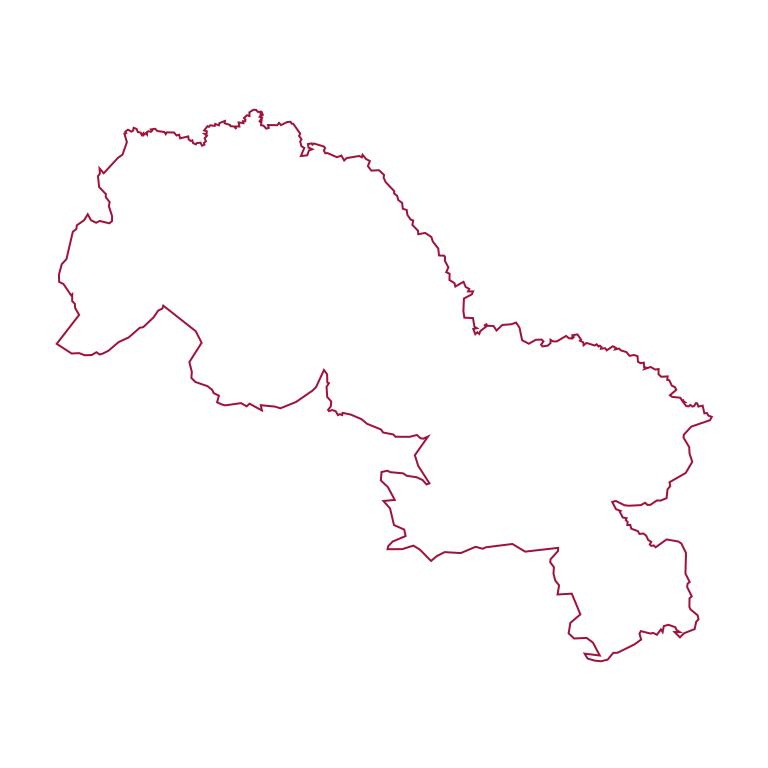 outline of Birim North, Eastern, Ghana, rotated 92°
{"feature_id": "2480657B81401264659986", "entity_name": "Birim North", "entity_type": "district", "adm_level": 2, "iso_a3": "GHA", "parent_name": "Ghana", "parent_adm1": "Eastern", "projection": "robinson", "projection_center": [-0.982, 6.368], "detail": "fine", "context": "isolated", "style": "outline", "palette": "rose", "viewbox_px": 768, "rotation_deg": 92, "n_neighbors": 0, "source": "geoboundaries", "source_scale": "gbopen_adm2", "svg_char_len": 6102}
<svg xmlns="http://www.w3.org/2000/svg" viewBox="0 0 768 768"><g transform="rotate(92 384 384)"><path d="M142.8,652.2L151.2,649.4L163.9,653.3L167.3,657.8L183.2,671.5L178.5,675.8L183.7,675.3L186.2,677.1L197.1,675.6L203.9,668.6L206.9,668.6L211.9,664.5L215.9,665.2L225.8,661.6L230.7,661.5L233.0,664.1L231.0,673.8L232.9,677.3L230.6,682.5L224.7,686.0L230.9,689.5L236.1,696.5L239.9,696.9L242.7,700.3L270.3,705.7L275.4,710.2L286.2,712.7L293.3,712.2L295.3,707.8L306.3,699.8L305.2,698.7L312.1,698.5L314.7,695.7L318.7,695.4L325.6,691.1L355.3,712.5L364.4,697.3L363.8,689.7L365.7,684.2L365.2,677.1L362.3,672.5L364.4,669.3L363.6,666.5L360.5,660.7L351.3,650.6L346.4,640.8L336.3,630.0L335.6,626.6L325.3,616.5L318.6,612.3L316.3,608.1L313.4,607.3L337.8,574.0L349.2,567.7L368.9,579.3L378.5,576.5L384.7,576.7L388.6,572.5L392.3,560.4L395.9,555.4L399.0,554.0L401.4,548.6L408.1,550.2L410.2,545.1L410.9,541.9L408.1,526.2L411.1,520.5L408.4,517.7L414.7,505.1L409.5,506.4L410.4,492.1L411.9,486.7L405.1,471.4L393.1,455.2L389.5,451.8L372.1,444.5L376.3,441.2L384.4,440.7L385.1,439.1L388.8,441.3L398.9,440.3L403.4,436.1L408.2,436.4L411.8,439.0L413.0,438.0L411.9,435.0L412.8,431.4L416.7,428.9L415.7,427.0L416.5,424.7L414.3,424.4L415.7,416.2L419.9,405.3L424.4,399.5L429.5,385.5L432.5,383.2L434.1,372.9L436.3,370.8L435.9,356.5L433.8,349.3L436.9,345.7L437.3,343.0L435.0,338.2L454.1,350.7L464.7,346.9L481.7,335.1L482.9,338.0L478.6,342.1L476.0,348.3L475.0,357.9L472.6,361.8L471.9,374.7L470.5,377.6L472.1,383.4L480.5,383.8L486.9,376.5L499.5,369.2L500.9,380.5L508.2,373.6L524.6,369.1L528.8,358.7L535.2,357.1L541.1,369.8L545.9,374.1L549.0,374.7L548.4,360.0L544.5,349.0L548.2,342.4L559.2,330.8L554.1,325.2L549.9,317.5L550.3,301.4L543.5,286.8L545.2,279.6L543.6,276.3L539.4,250.1L546.6,237.1L541.7,204.3L544.8,204.2L553.3,211.4L556.2,211.7L561.2,207.8L567.5,208.0L574.4,206.0L579.1,202.0L588.3,203.2L587.0,189.0L607.4,179.7L616.2,189.4L626.8,190.8L631.7,185.1L630.7,172.7L635.1,166.2L647.8,158.9L646.5,174.1L651.3,170.9L653.1,163.8L653.5,157.4L651.7,150.9L644.7,145.5L644.5,141.4L635.5,124.6L630.4,118.1L624.5,120.0L622.0,118.6L624.1,109.1L623.4,106.3L625.1,102.5L619.6,98.7L622.2,96.9L616.2,95.9L614.7,91.3L616.9,84.4L619.6,83.0L621.6,79.7L621.8,84.9L626.9,79.4L622.6,75.4L618.1,65.0L610.7,63.7L608.3,61.5L604.2,62.5L598.6,69.8L596.2,71.0L587.5,71.2L585.5,69.0L576.4,73.9L573.1,73.7L571.2,71.6L563.0,76.1L542.3,76.3L533.0,81.3L531.1,84.5L529.5,96.2L537.7,106.8L535.9,108.8L536.5,111.3L535.1,112.8L532.4,111.4L530.7,114.5L526.4,116.7L524.4,119.4L524.9,123.5L522.2,125.1L520.0,131.8L516.2,133.0L516.5,135.9L513.4,135.7L511.6,137.6L509.6,136.9L509.1,140.7L503.4,143.9L502.6,143.1L501.0,147.8L493.9,151.8L492.8,148.2L496.8,139.4L497.1,135.0L496.1,123.1L493.6,118.9L495.6,116.6L495.5,113.6L490.9,107.3L490.8,103.3L488.2,97.6L479.4,97.0L476.1,94.4L472.2,95.2L462.4,79.4L451.0,73.2L442.9,76.2L436.4,76.8L427.3,82.7L424.4,82.7L415.9,75.5L408.8,56.9L405.4,55.3L404.3,58.7L401.8,60.2L402.1,62.8L394.5,64.8L395.6,69.0L392.4,70.3L392.2,71.5L395.3,73.4L395.8,75.0L394.2,77.1L395.7,78.7L395.6,81.1L391.2,84.7L391.3,83.2L390.1,84.9L389.6,83.6L389.9,85.6L387.4,87.4L386.8,95.6L385.3,97.9L379.6,91.7L377.0,93.1L375.6,96.3L370.3,99.0L370.0,101.1L366.5,100.8L367.1,107.2L364.6,110.0L359.5,110.1L360.1,113.4L357.7,118.2L359.9,124.2L358.4,123.2L358.1,124.6L353.6,125.1L354.2,128.5L352.9,131.0L347.3,131.6L346.3,135.2L347.3,139.6L343.6,142.9L342.2,148.4L340.4,150.3L341.4,154.3L339.8,153.5L338.3,156.7L342.6,162.6L340.5,164.2L341.2,168.4L339.4,168.0L338.2,169.6L339.0,170.9L336.9,172.8L338.2,174.7L335.9,183.0L338.3,185.9L335.4,186.3L333.9,189.7L332.8,188.6L327.7,192.4L328.7,197.3L330.5,196.0L331.4,196.9L330.4,197.5L332.0,198.0L331.8,200.9L329.6,203.7L335.4,212.8L335.5,216.6L334.0,219.1L337.3,219.0L339.9,221.6L340.9,227.0L339.2,228.4L335.8,226.1L334.1,228.0L334.5,233.8L338.7,240.7L335.4,247.5L323.1,250.5L318.0,254.1L319.9,259.0L320.8,267.7L326.6,273.4L322.2,276.6L322.2,282.8L320.7,283.8L321.8,285.3L323.1,284.0L327.8,289.6L330.6,290.6L329.0,292.5L331.0,294.5L325.9,296.7L325.0,293.1L323.6,295.6L315.0,297.4L314.9,306.0L308.5,307.2L295.8,307.1L291.3,299.3L288.3,298.2L288.6,303.2L286.0,302.1L284.2,305.7L279.1,308.1L284.1,316.1L280.7,317.1L277.8,322.2L271.5,322.3L270.1,325.7L265.2,323.7L258.9,327.4L254.8,327.5L253.7,328.3L253.6,333.5L246.7,334.5L239.9,340.2L235.4,341.8L231.6,348.1L233.1,355.0L229.7,355.3L224.0,361.2L219.6,360.5L218.8,363.1L214.2,366.5L209.3,367.4L208.2,371.3L202.4,372.2L199.7,376.1L195.4,377.5L193.3,380.5L190.9,380.5L182.3,389.3L177.8,391.6L175.1,391.2L170.5,396.5L171.2,404.1L166.8,407.7L161.7,405.9L159.7,409.9L155.7,413.4L158.2,414.1L157.0,416.7L159.5,429.2L162.0,431.6L157.2,434.6L159.0,438.9L155.2,448.5L155.5,450.7L152.8,452.2L150.2,451.1L148.7,452.5L146.1,462.5L147.3,463.9L146.1,464.7L146.8,468.3L150.4,467.7L151.9,463.9L153.2,467.1L158.1,468.7L159.1,475.0L150.8,471.9L149.3,474.8L144.6,476.2L142.3,475.0L139.1,477.5L136.7,476.5L127.1,483.8L127.0,485.5L125.2,486.5L125.6,490.0L128.9,496.0L126.7,498.0L129.1,499.8L129.2,508.9L132.1,508.1L132.9,510.6L130.0,513.5L129.7,515.9L125.6,515.6L126.6,516.6L125.8,517.5L122.2,515.2L121.4,517.4L119.3,514.5L117.1,515.5L118.9,516.8L116.1,516.8L116.6,519.4L114.5,521.4L114.5,524.1L117.2,528.0L120.9,527.8L120.2,530.3L123.1,533.2L124.6,531.7L126.3,531.9L126.3,534.1L128.2,533.6L127.7,538.4L131.7,537.5L131.8,541.3L134.3,540.8L131.9,542.5L131.7,546.4L130.5,546.9L129.0,552.4L126.7,552.2L129.0,557.6L131.2,558.0L130.0,561.8L132.0,562.2L131.5,566.6L133.1,568.0L132.5,569.4L136.9,572.6L137.6,569.9L140.5,570.1L140.4,571.9L142.1,569.6L144.6,571.8L147.7,570.4L149.4,572.4L151.1,571.8L152.2,574.2L149.2,575.8L149.8,579.6L151.1,580.3L150.0,583.1L147.2,584.1L147.9,585.4L146.5,587.7L143.4,588.3L145.6,596.3L142.0,597.5L142.9,600.0L140.0,602.6L140.1,609.9L141.9,610.8L139.8,612.4L139.1,619.3L136.9,621.7L137.7,625.7L138.9,624.5L140.1,625.8L139.6,628.2L140.5,629.7L143.0,629.6L141.7,631.0L143.7,633.1L141.9,633.3L143.6,634.8L141.2,636.0L140.8,638.8L137.7,640.2L136.7,643.1L139.5,643.6L140.6,645.2L138.8,648.7L140.8,651.3L142.3,650.5L142.8,652.2Z" fill="none" stroke="#9f1239" stroke-width="2"/></g></svg>